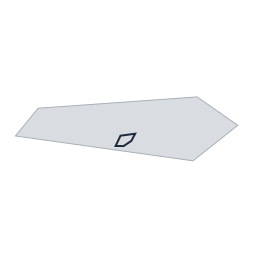 George Hill highlighted on a map of Anguilla, rotated 28°
{"feature_id": "AIA-5116", "entity_name": "George Hill", "entity_type": "District", "adm_level": 1, "iso_a3": "AIA", "parent_name": "Anguilla", "parent_adm1": "", "projection": "robinson", "projection_center": [-63.068, 18.211], "detail": "fine", "context": "in_parent", "style": "outline", "palette": "slate", "viewbox_px": 256, "rotation_deg": 28, "n_neighbors": 0, "source": "natural_earth", "source_scale": "10m", "svg_char_len": 367}
<svg xmlns="http://www.w3.org/2000/svg" viewBox="0 0 256 256"><g transform="rotate(28 128 128)"><path d="M200.8,126.5L32.3,187.9L39.4,152.7L174.4,68.1L223.7,74.1L200.8,126.5Z" fill="#d9dde1" stroke="#a8b0b8" stroke-width="1"/><path d="M125.0,138.3L137.0,129.7L137.0,137.8L132.6,146.0L125.5,149.7L125.0,138.3Z" fill="none" stroke="#1e293b" stroke-width="2"/></g></svg>